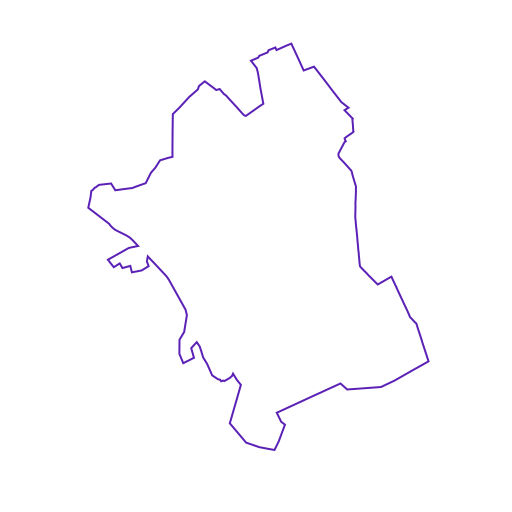 the district of Ipiķu pag., Rujienas, Latvia, rotated 159°
{"feature_id": "27541924B90668433326116", "entity_name": "Ipiķu pag.", "entity_type": "district", "adm_level": 2, "iso_a3": "LVA", "parent_name": "Latvia", "parent_adm1": "Rujienas", "projection": "mercator", "projection_center": [25.158, 58.033], "detail": "fine", "context": "isolated", "style": "outline", "palette": "violet", "viewbox_px": 512, "rotation_deg": 159, "n_neighbors": 0, "source": "geoboundaries", "source_scale": "gbopen_adm2", "svg_char_len": 3825}
<svg xmlns="http://www.w3.org/2000/svg" viewBox="0 0 512 512"><g transform="rotate(159 256 256)"><path d="M190.7,440.1L188.0,431.2L188.4,427.6L188.9,424.6L192.0,409.9L192.0,409.6L194.6,395.5L198.8,394.6L205.0,393.0L212.1,391.2L215.2,390.4L216.5,391.4L216.6,391.5L216.8,391.9L217.7,394.0L220.5,401.4L220.8,402.2L224.5,411.5L226.5,416.7L227.9,418.7L230.1,424.9L230.8,424.9L231.2,425.0L232.5,425.1L233.3,425.1L233.7,425.3L234.9,427.4L238.1,432.4L241.2,437.4L244.1,436.5L248.3,435.1L248.7,434.7L250.5,432.4L260.3,428.8L260.8,428.7L266.8,425.7L274.2,422.0L282.8,418.3L289.9,400.5L292.1,394.9L295.9,385.2L298.3,378.9L298.4,378.5L302.8,379.1L304.5,379.2L307.1,379.4L311.3,379.7L318.2,374.6L318.4,374.5L318.5,374.4L321.4,372.9L324.2,371.4L324.4,371.2L324.5,371.1L327.7,368.2L330.9,365.3L331.9,364.4L332.9,363.5L338.0,363.7L343.1,363.8L345.1,363.8L347.1,363.8L351.2,364.8L355.3,365.8L359.6,366.8L363.8,367.8L364.3,370.4L364.8,372.9L364.8,373.0L365.0,374.2L365.3,375.3L365.3,375.6L376.4,378.5L377.0,378.7L381.3,377.5L382.2,377.5L384.8,376.1L386.4,375.8L389.5,370.0L395.2,361.3L395.3,361.1L381.5,338.6L381.2,337.3L380.9,336.3L380.6,335.7L380.0,334.2L379.5,333.3L378.9,332.2L378.0,330.9L377.1,329.8L376.4,329.0L370.7,322.8L369.3,321.2L367.9,319.4L366.7,317.5L366.2,316.4L365.5,314.9L362.5,307.6L371.7,309.1L374.5,308.7L395.6,305.6L392.8,296.5L385.9,297.9L385.0,292.6L376.9,291.8L377.7,285.2L367.9,283.5L359.9,285.0L359.8,290.0L357.2,294.4L353.3,285.1L347.5,270.8L346.9,269.3L346.4,267.5L346.0,265.7L345.8,264.7L341.0,231.1L341.7,225.6L350.3,210.8L357.4,205.3L362.6,192.1L362.3,182.0L350.4,183.2L349.5,193.2L342.2,196.8L341.0,191.9L341.2,186.9L341.7,180.3L340.3,172.7L339.7,160.3L335.6,154.5L333.8,153.3L333.5,151.6L331.4,151.5L330.5,150.6L328.4,150.9L324.4,151.5L323.0,152.0L321.2,152.7L319.6,154.4L318.2,147.0L316.3,141.1L323.9,131.0L340.4,109.2L332.1,85.3L321.5,76.4L312.6,70.9L308.2,68.3L301.2,74.8L289.4,88.2L292.0,92.4L292.0,93.6L292.7,101.3L292.8,102.2L291.7,102.3L261.1,104.3L250.4,105.0L222.8,106.7L218.7,98.7L186.3,88.9L171.5,90.0L150.7,93.2L132.7,95.8L132.1,107.0L131.7,115.4L131.4,118.8L130.9,129.3L130.5,135.5L131.1,136.7L131.2,137.0L131.4,137.2L133.2,141.8L134.1,143.7L134.2,147.7L134.2,147.9L134.6,154.1L134.6,154.4L134.6,154.6L134.7,154.8L135.4,164.8L136.0,173.2L136.0,173.7L136.2,176.4L136.0,176.7L136.2,177.1L136.3,178.5L136.8,185.0L136.9,187.7L137.0,188.2L152.4,185.8L152.6,185.8L154.5,190.1L154.8,190.9L155.7,192.7L157.0,195.8L157.6,196.9L159.0,200.6L160.2,203.1L161.1,205.3L162.1,207.6L162.5,208.7L162.5,209.7L162.2,210.9L161.7,212.9L160.9,215.5L160.3,217.8L159.5,220.6L158.8,222.8L158.4,224.8L157.6,227.4L156.8,230.1L156.3,232.1L155.5,234.8L154.5,238.2L153.5,241.9L153.1,243.3L152.7,244.8L152.0,247.6L151.2,250.3L150.4,253.2L150.3,253.4L149.5,256.5L149.2,257.2L147.9,260.4L147.0,262.6L146.6,263.6L145.6,266.0L144.0,270.4L143.1,272.2L141.6,275.7L139.7,280.1L138.6,283.1L137.8,284.9L137.6,287.7L137.0,295.5L136.9,296.6L136.8,297.6L136.5,299.4L136.5,300.3L136.4,301.3L136.5,301.7L136.9,302.7L137.3,303.6L137.6,304.5L140.2,311.3L140.5,312.0L141.9,315.4L142.4,316.6L142.7,317.4L143.1,318.8L142.9,320.5L142.8,321.0L142.1,322.3L141.3,322.9L141.0,323.2L137.7,326.1L135.0,328.4L133.6,329.7L132.1,330.8L131.1,330.9L131.2,332.6L131.2,333.7L131.1,334.1L128.7,334.9L122.0,336.5L120.9,336.9L120.5,337.1L120.6,337.3L120.4,337.8L120.2,338.4L119.3,341.4L118.5,343.9L117.0,349.2L116.9,349.7L116.7,349.3L116.4,349.6L117.5,351.9L118.3,353.9L119.5,356.6L121.1,360.4L116.5,361.3L119.8,366.8L120.0,367.1L120.2,367.5L121.2,369.1L121.8,371.2L125.9,384.7L126.7,387.6L128.5,393.8L131.8,404.8L134.0,412.0L145.0,412.1L145.7,423.7L146.4,434.2L146.7,438.1L146.9,441.6L152.1,441.5L163.0,440.9L163.2,443.2L163.2,443.7L170.5,443.6L172.2,441.9L180.8,441.7L181.4,441.6L182.8,440.4L190.7,440.1Z" fill="none" stroke="#5b21b6" stroke-width="2"/></g></svg>